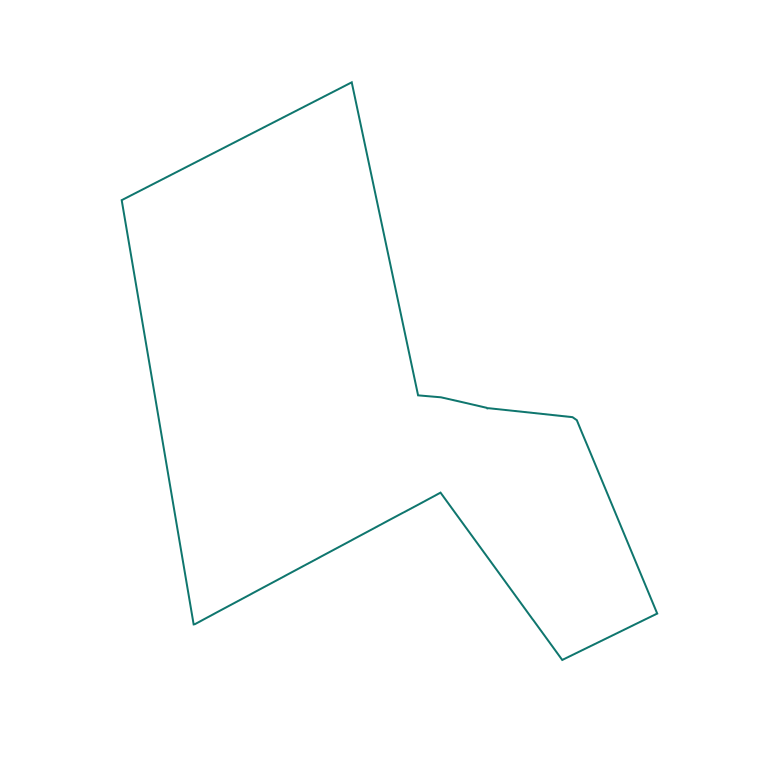 outline of Bindura Urban, Mashonaland Central, Zimbabwe, rotated 350°
{"feature_id": "62879985B95649455057602", "entity_name": "Bindura Urban", "entity_type": "district", "adm_level": 2, "iso_a3": "ZWE", "parent_name": "Zimbabwe", "parent_adm1": "Mashonaland Central", "projection": "orthographic", "projection_center": [31.346, -17.309], "detail": "fine", "context": "isolated", "style": "outline", "palette": "teal", "viewbox_px": 768, "rotation_deg": 350, "n_neighbors": 0, "source": "geoboundaries", "source_scale": "gbopen_adm2", "svg_char_len": 525}
<svg xmlns="http://www.w3.org/2000/svg" viewBox="0 0 768 768"><g transform="rotate(350 384 384)"><path d="M155.6,461.2L154.8,587.7L156.0,587.7L179.3,580.0L355.2,522.3L364.3,519.3L401.8,507.1L420.8,500.8L432.3,524.4L432.6,525.0L460.8,582.7L489.4,641.3L489.9,642.2L511.6,686.7L613.2,657.5L582.9,521.6L574.0,481.7L570.4,465.9L567.6,453.1L563.9,449.4L482.8,426.0L481.5,426.0L481.2,425.4L459.9,416.3L437.8,407.0L415.6,401.1L404.6,81.3L157.6,157.4L156.5,329.3L155.6,461.2Z" fill="none" stroke="#0f766e" stroke-width="2"/></g></svg>